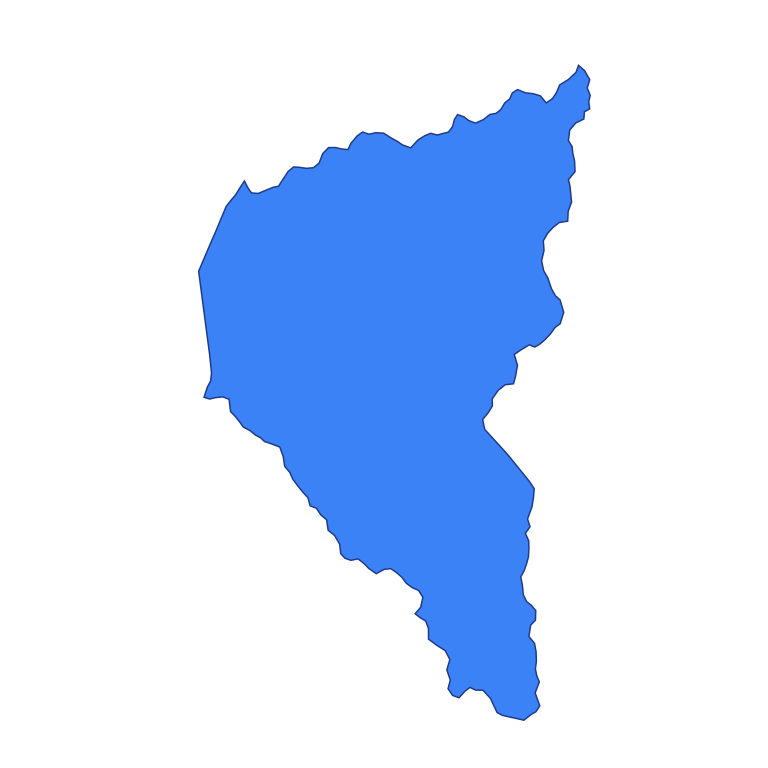 outline of Gaspar, Santa Catarina, Brazil, rotated 183°
{"feature_id": "56859067B46612924507045", "entity_name": "Gaspar", "entity_type": "district", "adm_level": 2, "iso_a3": "BRA", "parent_name": "Brazil", "parent_adm1": "Santa Catarina", "projection": "equal_earth", "projection_center": [-48.984, -26.919], "detail": "fine", "context": "isolated", "style": "filled", "palette": "blue", "viewbox_px": 768, "rotation_deg": 183, "n_neighbors": 0, "source": "geoboundaries", "source_scale": "gbopen_adm2", "svg_char_len": 2863}
<svg xmlns="http://www.w3.org/2000/svg" viewBox="0 0 768 768"><g transform="rotate(183 384 384)"><path d="M206.4,712.4L208.6,705.2L215.7,697.8L224.2,691.9L227.0,684.0L230.7,677.8L236.7,673.2L242.9,679.9L250.1,681.7L258.0,682.2L266.0,685.0L271.0,681.5L273.4,675.3L278.2,670.9L281.7,664.2L286.1,660.2L292.3,658.7L298.5,653.3L306.3,649.3L313.2,651.5L318.2,655.0L324.6,656.9L327.6,651.8L328.9,644.9L332.8,638.9L337.6,637.5L343.8,635.4L350.5,636.8L356.2,634.1L362.9,629.4L369.7,621.2L378.0,623.7L383.2,626.9L390.0,630.2L397.5,634.5L405.3,634.5L412.0,632.7L418.6,634.5L423.9,630.2L429.6,622.6L432.3,616.2L438.7,616.5L444.7,617.6L451.7,617.2L457.3,610.8L460.4,601.1L465.8,596.3L472.8,595.3L480.6,596.0L485.6,596.0L490.9,591.2L495.2,583.8L499.7,576.0L505.1,574.6L512.7,571.0L519.7,567.7L526.4,567.9L530.0,572.5L534.0,579.4L538.3,572.1L541.9,565.4L546.6,559.2L550.9,553.0L560.9,525.1L563.5,518.4L575.0,486.9L561.0,411.3L559.7,404.4L556.8,385.9L557.3,377.9L560.3,371.5L563.0,361.3L557.2,359.9L551.9,361.5L544.3,362.7L537.9,360.6L535.8,348.4L530.6,343.6L526.3,338.7L522.2,333.6L515.2,330.4L509.8,326.3L504.4,323.8L500.3,320.3L495.2,318.9L484.8,315.6L480.9,306.5L478.8,296.5L473.6,291.0L470.0,284.1L463.9,276.7L458.5,270.8L454.0,266.5L451.4,258.5L445.0,256.4L440.2,249.9L434.2,245.4L432.1,235.0L425.3,230.0L419.9,221.7L418.3,212.2L413.8,207.9L407.8,206.2L400.7,208.0L394.5,203.6L389.4,198.9L381.8,194.2L374.2,198.9L367.5,200.0L361.9,196.5L356.2,192.1L351.3,186.2L344.9,182.0L338.7,179.7L334.0,173.0L335.7,162.9L340.9,156.2L335.4,152.4L330.0,149.5L326.8,142.3L326.2,131.5L317.3,125.7L308.9,120.9L303.8,112.3L306.3,101.8L302.3,91.8L304.1,83.1L299.2,76.6L292.7,74.6L287.0,81.5L282.3,85.5L276.5,83.1L269.2,83.4L261.1,75.5L256.8,67.2L253.8,61.8L248.4,59.3L240.9,58.0L234.7,57.0L226.6,55.6L219.7,61.8L215.2,64.6L211.6,70.8L216.9,83.4L213.3,94.6L216.1,100.4L217.9,107.3L217.3,115.2L218.2,124.9L220.1,132.9L226.1,139.4L224.9,150.9L220.4,156.0L220.6,165.7L225.5,170.9L230.1,174.1L233.9,180.9L235.2,190.0L237.3,198.6L234.2,205.1L232.2,212.0L230.7,219.1L230.7,227.8L231.3,235.0L235.0,242.3L230.7,249.1L233.6,256.7L229.8,269.1L228.8,278.3L228.5,287.3L233.6,294.2L254.1,317.0L258.2,321.4L281.1,344.0L283.6,353.7L278.4,360.8L274.6,367.8L275.2,374.7L269.6,383.7L263.0,389.6L254.7,391.0L253.0,398.9L251.7,409.8L255.5,420.3L249.1,425.2L241.0,430.7L235.3,428.8L230.4,432.1L225.8,436.4L220.5,442.6L216.1,449.5L211.2,453.4L208.3,465.0L212.6,477.2L217.5,481.1L221.8,488.0L226.0,498.6L230.5,505.5L233.1,515.4L231.2,525.8L232.4,535.4L228.6,542.9L223.6,549.0L217.5,554.4L209.1,556.2L209.1,566.3L206.2,575.3L207.6,584.5L208.6,591.2L210.5,597.8L204.3,606.1L205.4,616.9L207.5,624.1L208.6,630.9L212.6,636.8L211.8,647.4L206.2,654.7L198.3,659.1L198.1,666.3L193.0,669.5L194.3,676.7L193.2,683.1L196.5,690.2L194.5,698.7L200.0,707.3L206.4,712.4Z" fill="#3b82f6" stroke="#1e3a8a" stroke-width="1.5"/></g></svg>